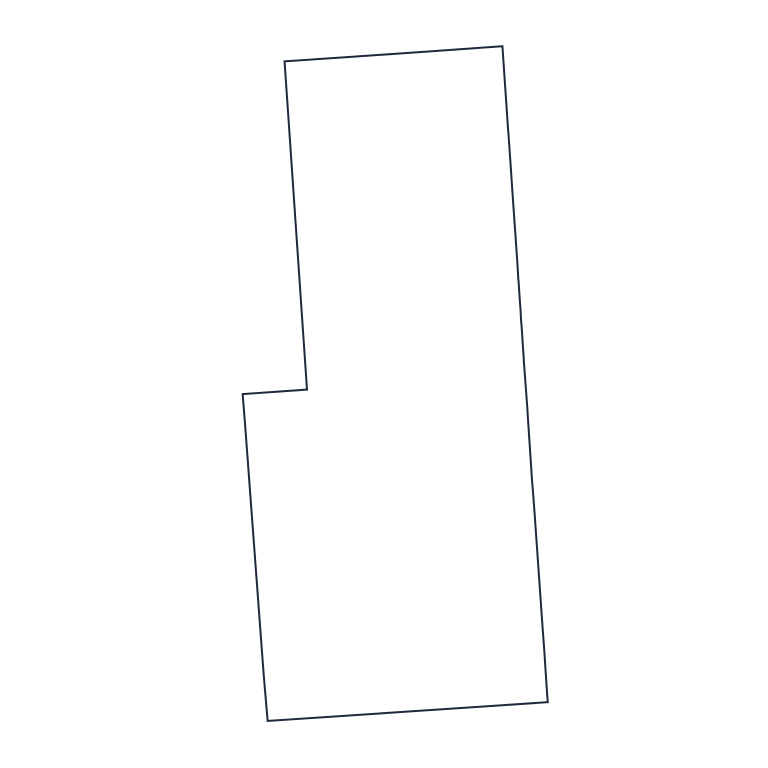 outline of Adams, North Dakota, United States of America, rotated 266°
{"feature_id": "52423323B23495952860942", "entity_name": "Adams", "entity_type": "district", "adm_level": 2, "iso_a3": "USA", "parent_name": "United States of America", "parent_adm1": "North Dakota", "projection": "natural_earth1", "projection_center": [-102.421, 46.114], "detail": "fine", "context": "isolated", "style": "outline", "palette": "slate", "viewbox_px": 768, "rotation_deg": 266, "n_neighbors": 0, "source": "geoboundaries", "source_scale": "gbopen_adm2", "svg_char_len": 785}
<svg xmlns="http://www.w3.org/2000/svg" viewBox="0 0 768 768"><g transform="rotate(266 384 384)"><path d="M102.7,243.7L56.0,244.4L55.2,525.2L55.4,525.2L59.0,525.1L90.5,525.2L104.8,525.3L131.3,525.2L247.0,525.2L267.3,525.1L268.3,525.1L272.1,525.0L282.1,524.9L288.0,525.0L343.4,525.2L348.5,525.3L397.9,525.1L403.5,525.2L408.7,525.2L417.4,525.2L431.3,525.3L434.7,525.2L441.2,525.2L443.9,525.3L449.0,525.4L450.4,525.4L452.8,525.3L478.2,525.4L478.8,525.3L495.4,525.5L568.1,525.5L595.1,525.6L595.3,525.6L606.7,525.6L607.6,525.6L608.7,525.6L616.0,525.6L622.6,525.6L629.1,525.6L629.6,525.5L654.1,525.6L655.7,525.6L671.6,525.6L711.4,525.7L711.5,525.6L712.7,525.7L712.6,434.5L712.8,307.3L383.8,306.8L383.8,242.3L350.4,242.6L102.7,243.7Z" fill="none" stroke="#1e293b" stroke-width="2"/></g></svg>